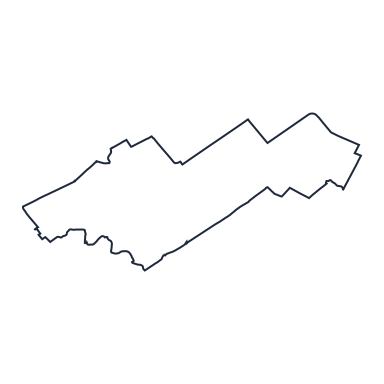 Ganeasa, Ilfov, Romania (Natural Earth projection)
{"feature_id": "2599482B87656672806771", "entity_name": "Ganeasa", "entity_type": "district", "adm_level": 2, "iso_a3": "ROU", "parent_name": "Romania", "parent_adm1": "Ilfov", "projection": "natural_earth1", "projection_center": [26.324, 44.507], "detail": "fine", "context": "isolated", "style": "outline", "palette": "slate", "viewbox_px": 384, "rotation_deg": 0, "n_neighbors": 0, "source": "geoboundaries", "source_scale": "gbopen_adm2", "svg_char_len": 5615}
<svg xmlns="http://www.w3.org/2000/svg" viewBox="0 0 384 384"><path d="M361.0,155.7L360.5,155.4L354.7,153.2L359.0,144.9L338.6,136.1L337.5,135.6L336.5,135.1L333.9,133.8L332.3,133.0L331.4,132.6L331.1,132.4L330.7,132.0L323.2,123.0L320.0,119.0L319.0,117.8L316.1,114.9L315.0,114.1L313.3,113.6L312.5,113.5L311.3,113.6L310.4,113.7L309.7,113.9L308.6,114.5L267.5,143.0L266.6,142.0L258.3,132.0L248.3,120.0L248.2,119.9L248.3,119.8L248.0,119.4L247.8,119.5L241.7,123.8L229.6,132.1L220.7,138.2L211.7,144.3L191.0,158.5L182.4,164.5L182.0,164.1L181.9,164.1L180.6,161.9L180.3,161.6L177.9,162.8L175.4,163.2L174.2,162.7L169.4,156.9L164.9,151.7L164.7,151.5L157.8,143.4L153.7,138.3L153.6,138.2L153.2,138.1L152.8,137.9L151.8,136.5L151.7,136.5L151.5,136.4L151.4,136.5L148.0,138.5L147.8,138.5L146.6,139.0L136.2,144.3L132.4,146.3L131.1,146.8L126.4,139.9L123.5,141.5L123.3,141.5L119.9,143.6L114.2,146.8L113.2,147.3L112.4,147.6L112.5,147.8L110.7,148.7L110.8,149.3L111.1,151.6L111.1,152.3L111.0,152.6L110.8,153.1L110.4,153.6L109.8,154.5L109.5,155.0L109.2,155.4L108.8,156.0L108.4,156.7L108.1,157.9L108.1,158.5L108.1,158.9L108.5,159.7L108.7,160.1L109.2,160.8L109.7,161.5L109.6,162.2L109.3,163.1L105.7,163.3L104.5,163.3L103.5,163.2L101.4,162.6L100.2,162.3L96.5,161.2L96.4,161.5L96.3,161.4L96.1,161.7L95.1,162.6L91.8,165.8L90.7,166.8L88.2,168.9L87.4,169.5L86.1,170.7L84.3,172.3L82.5,174.1L77.7,178.5L76.0,180.1L75.4,180.5L74.9,180.8L75.0,180.9L74.8,180.7L74.7,180.8L75.0,181.2L74.9,181.3L74.4,181.6L57.1,189.9L45.9,195.2L45.3,195.4L39.4,198.3L39.0,198.5L36.5,199.9L35.6,200.4L32.7,201.9L26.7,204.8L23.0,206.6L23.1,207.1L23.0,207.5L23.1,208.1L23.3,208.8L24.0,209.8L25.2,211.3L26.2,213.1L29.7,217.5L38.0,227.2L37.6,227.4L37.0,227.7L35.9,228.5L35.1,229.1L35.0,229.3L35.4,229.4L36.2,229.2L36.9,229.0L40.3,233.6L39.6,234.1L38.6,234.8L42.2,239.2L45.3,237.1L47.2,238.9L48.7,240.4L50.2,242.0L52.4,240.4L55.1,238.4L57.0,237.1L57.7,236.9L58.2,236.8L58.8,236.9L59.5,237.1L59.8,237.2L60.7,237.5L61.1,237.5L61.7,237.2L62.9,236.3L63.4,236.1L63.8,235.9L64.6,235.8L66.2,235.0L66.5,234.6L66.8,233.9L66.9,232.9L67.2,232.2L67.3,231.9L67.9,231.4L68.4,230.9L68.7,230.3L69.6,229.6L70.4,229.4L71.3,229.4L72.2,229.6L73.5,229.8L74.0,229.8L74.4,229.7L75.8,229.6L76.8,229.5L78.9,229.6L79.5,229.5L80.4,229.5L82.1,229.5L82.7,229.5L83.4,229.6L83.6,229.6L83.9,229.7L84.5,229.9L84.8,230.2L84.9,231.1L85.0,231.7L85.3,232.6L85.5,233.3L85.5,233.6L85.7,234.0L85.7,234.5L85.3,235.3L84.8,242.8L85.0,243.1L85.6,242.9L86.6,242.6L86.7,242.4L87.2,243.8L87.3,244.1L87.5,244.3L88.0,244.6L88.6,244.7L88.9,244.7L89.6,244.7L90.0,244.7L90.3,244.6L90.7,244.6L91.6,244.6L92.1,244.6L92.6,244.5L93.1,244.4L93.5,244.2L93.8,244.0L94.2,243.7L94.7,243.2L95.4,242.6L96.6,241.3L97.1,240.7L97.8,239.8L98.1,239.4L98.5,239.1L98.8,238.7L99.3,238.3L99.7,237.9L100.7,237.0L101.4,236.5L102.0,236.2L102.5,236.1L103.1,236.2L103.7,236.4L104.0,236.6L104.4,236.8L104.6,237.0L104.8,237.3L105.2,237.3L105.4,237.3L105.5,237.2L106.4,237.0L106.8,236.9L107.0,237.0L107.4,237.3L107.3,237.9L107.4,238.1L107.5,238.3L108.0,239.0L108.6,239.7L108.7,239.8L108.9,239.9L110.5,240.8L111.0,241.2L111.4,242.1L111.7,242.8L111.9,243.3L111.9,244.5L111.7,245.6L111.7,245.8L111.7,246.4L111.6,247.8L111.4,248.6L111.3,249.8L111.0,251.2L111.3,252.2L111.7,252.6L114.6,253.5L115.5,253.5L116.5,253.5L117.6,253.4L118.6,253.1L119.6,252.6L119.8,252.4L121.4,251.5L121.8,251.4L122.0,251.4L122.7,251.3L123.6,251.2L124.7,251.2L125.9,251.2L126.9,251.3L127.2,251.4L127.7,251.6L128.2,251.9L128.7,252.1L129.1,252.5L129.6,253.1L130.0,253.5L130.5,254.2L130.6,254.5L131.0,255.1L131.4,255.7L131.6,256.3L131.9,257.2L132.3,257.9L133.0,258.9L133.4,259.9L133.7,260.8L133.3,261.0L132.9,261.7L132.1,262.0L132.4,262.8L133.0,263.1L133.7,263.3L136.1,264.1L137.9,264.6L140.4,264.8L141.9,265.5L142.7,266.2L143.2,268.4L143.4,269.0L144.0,269.7L144.7,270.4L144.8,270.5L154.7,263.9L156.6,262.7L158.0,261.9L158.3,261.6L160.1,260.2L161.2,259.5L161.5,259.3L161.6,259.0L161.8,258.5L162.2,257.6L162.4,257.2L162.5,257.0L163.5,255.3L164.4,255.3L164.8,255.3L165.2,255.3L165.2,254.9L165.5,255.0L166.4,254.1L167.8,253.4L168.0,253.4L173.7,251.3L179.3,248.1L180.0,247.7L184.6,244.7L186.7,241.7L187.0,243.1L187.6,242.4L215.3,224.3L219.9,221.6L225.1,218.1L228.3,216.1L228.7,215.8L230.0,214.9L232.0,213.2L234.0,211.6L235.0,210.8L235.7,210.1L236.5,209.5L240.5,206.6L246.3,203.2L247.7,202.4L247.8,202.4L248.2,202.1L248.6,201.8L248.9,201.5L249.1,201.1L249.3,200.8L249.7,200.5L252.0,198.7L254.3,197.0L255.1,196.3L256.5,195.3L257.6,194.5L261.2,191.9L261.9,191.4L263.5,190.2L264.9,189.2L265.2,188.9L265.5,188.6L265.8,188.2L266.1,187.8L266.9,187.4L267.1,187.3L267.4,187.2L267.6,187.2L267.9,187.5L269.6,189.1L270.1,189.6L270.6,190.1L272.1,191.6L273.1,192.4L273.8,193.1L273.9,193.3L274.2,193.5L274.6,193.8L275.1,194.1L275.6,194.2L276.3,194.5L277.4,194.9L278.0,195.2L278.8,195.5L279.8,195.9L281.1,196.4L281.5,196.5L282.0,196.3L283.9,194.2L284.6,193.6L285.3,192.7L287.0,190.9L287.7,190.2L288.3,189.5L289.3,188.4L289.8,187.8L300.4,193.6L304.5,195.7L309.1,198.1L310.2,197.0L310.9,196.4L311.4,195.9L314.4,193.4L320.0,188.8L320.9,188.1L324.3,185.5L326.6,183.6L325.9,183.0L326.2,181.9L326.5,181.0L327.6,181.1L328.4,181.0L328.9,180.8L329.8,180.1L330.4,180.1L331.0,180.5L331.7,181.3L332.4,182.0L333.2,182.4L333.5,182.8L334.1,182.9L334.7,183.3L335.8,184.4L336.9,185.5L337.5,185.8L338.6,186.0L339.4,186.2L339.9,186.2L340.7,186.3L341.7,186.7L341.9,186.8L342.2,187.2L342.5,187.7L342.7,188.3L342.9,189.0L343.0,189.8L342.9,190.3L343.8,188.4L344.8,186.5L345.6,184.9L346.9,182.6L348.4,179.6L349.0,178.6L357.5,162.6L357.9,161.5L359.3,158.9L360.3,156.9L361.0,155.7Z" fill="none" stroke="#1e293b" stroke-width="2"/></svg>